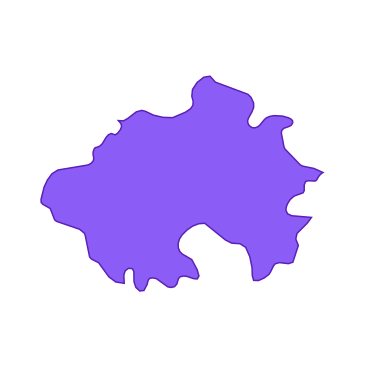 outline of Enna, rotated 37°
{"feature_id": "ITA-5412", "entity_name": "Enna", "entity_type": "Province", "adm_level": 1, "iso_a3": "ITA", "parent_name": "Italy", "parent_adm1": "", "projection": "mercator", "projection_center": [14.474, 37.585], "detail": "fine", "context": "isolated", "style": "filled", "palette": "violet", "viewbox_px": 384, "rotation_deg": 37, "n_neighbors": 0, "source": "natural_earth", "source_scale": "10m", "svg_char_len": 2162}
<svg xmlns="http://www.w3.org/2000/svg" viewBox="0 0 384 384"><g transform="rotate(37 192 192)"><path d="M284.9,97.6L284.2,99.5L283.9,101.4L283.8,103.2L284.3,107.4L284.1,108.3L283.6,109.3L278.2,112.9L276.4,115.1L277.3,118.7L280.8,123.4L281.2,125.8L276.4,133.1L275.7,135.0L275.0,138.8L275.2,142.8L276.1,146.6L277.8,149.9L281.4,151.9L286.0,150.9L302.7,140.4L302.8,147.6L300.8,161.9L303.2,167.1L309.1,170.7L314.8,187.4L312.1,191.2L304.3,195.8L301.7,199.2L301.5,201.9L302.8,208.3L303.0,211.5L301.5,217.0L298.4,222.7L294.4,225.5L290.5,222.5L285.4,216.2L277.1,208.9L268.2,203.9L261.5,204.4L254.4,209.0L247.7,210.2L221.0,209.3L216.4,213.4L213.0,218.9L210.9,225.3L209.9,232.3L210.3,237.1L211.9,241.4L214.6,244.8L218.1,246.9L221.5,247.4L232.5,246.1L243.0,251.0L248.1,254.9L248.5,258.3L245.5,260.2L238.9,262.4L235.9,264.1L233.6,266.8L233.3,269.1L235.3,274.8L235.0,278.1L232.9,280.7L229.9,282.3L215.8,282.6L212.4,284.2L210.4,286.1L210.0,288.0L210.6,290.2L211.8,292.8L212.9,299.6L209.8,302.5L204.7,302.0L199.7,298.6L193.5,290.6L190.5,289.1L187.1,291.3L186.1,295.2L187.5,299.3L192.8,305.7L185.4,309.7L176.8,309.8L160.0,304.7L151.9,306.1L149.3,305.5L132.7,290.8L130.9,289.7L124.7,289.4L101.4,297.0L99.1,296.9L88.7,290.5L80.3,291.6L77.8,291.1L75.8,288.6L70.9,277.0L69.3,269.4L69.2,261.7L71.7,255.1L92.6,233.1L94.1,230.1L94.4,226.7L93.5,224.5L90.2,221.3L88.9,219.4L87.9,216.2L88.1,214.7L89.2,213.4L90.8,210.7L91.3,207.3L90.5,200.1L90.8,196.6L92.3,193.9L96.2,192.6L97.2,190.0L97.3,185.4L96.4,182.2L94.3,180.2L90.2,179.3L94.5,176.4L96.4,172.0L99.3,161.5L102.7,157.1L106.2,155.6L115.0,153.8L123.8,149.9L131.8,144.3L138.7,132.3L140.7,126.5L140.6,122.3L138.3,118.8L134.2,115.6L130.7,109.8L130.2,101.3L132.3,93.3L136.7,88.7L144.6,90.2L178.0,80.3L182.2,80.9L187.6,83.8L190.4,87.4L191.7,92.2L192.6,98.8L193.4,101.4L195.0,103.2L197.1,104.3L199.4,104.6L201.7,104.2L203.7,102.8L205.1,100.7L205.9,97.9L206.2,90.9L206.8,87.9L208.7,84.7L211.6,81.6L218.6,76.9L224.3,74.7L226.9,74.2L229.3,74.5L230.8,76.1L231.1,79.0L229.9,81.5L226.9,86.0L226.7,89.1L228.0,91.3L238.0,100.3L240.2,101.7L262.2,105.2L264.9,104.7L275.2,99.8L284.9,97.6Z" fill="#8b5cf6" stroke="#5b21b6" stroke-width="1.5"/></g></svg>